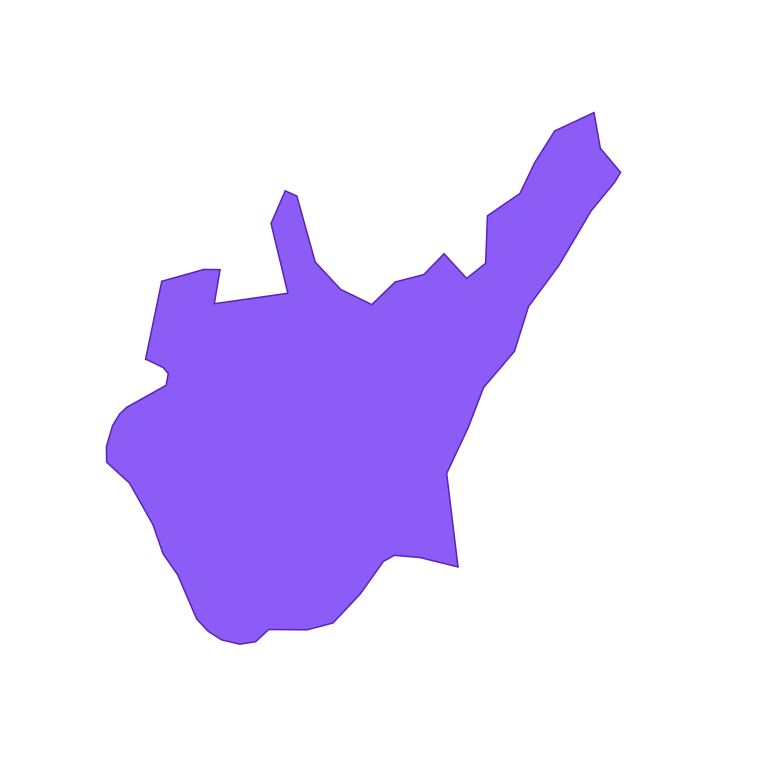 Uchkurgan, Namangan, Uzbekistan, rotated 163°
{"feature_id": "79887680B35727766671193", "entity_name": "Uchkurgan", "entity_type": "district", "adm_level": 2, "iso_a3": "UZB", "parent_name": "Uzbekistan", "parent_adm1": "Namangan", "projection": "robinson", "projection_center": [72.083, 41.056], "detail": "fine", "context": "isolated", "style": "filled", "palette": "violet", "viewbox_px": 768, "rotation_deg": 163, "n_neighbors": 0, "source": "geoboundaries", "source_scale": "gbopen_adm2", "svg_char_len": 890}
<svg xmlns="http://www.w3.org/2000/svg" viewBox="0 0 768 768"><g transform="rotate(163 384 384)"><path d="M522.7,546.2L566.5,547.2L604.9,477.2L603.2,476.2L590.4,464.3L587.2,457.2L592.7,446.5L637.0,436.9L645.7,432.5L655.7,423.6L667.7,405.4L672.1,390.3L656.3,363.5L646.1,317.1L644.9,286.2L637.1,261.9L631.8,213.9L624.3,198.7L614.0,186.7L608.1,183.3L597.9,177.3L582.1,175.1L566.1,182.9L529.3,171.4L502.6,170.4L468.0,190.2L436.5,214.5L424.3,217.2L400.3,207.5L366.7,187.4L350.2,280.2L315.8,318.2L289.8,351.5L249.6,377.2L223.2,415.8L182.6,445.8L135.1,489.2L104.7,509.3L95.9,517.2L108.2,546.1L103.8,582.2L146.8,576.1L175.3,551.5L198.2,526.5L235.9,514.6L251.5,469.7L274.1,460.8L288.5,491.0L313.9,477.0L343.5,478.3L372.4,463.5L397.8,487.1L414.1,520.7L412.4,589.3L422.0,597.6L445.1,570.5L449.4,498.9L522.8,510.4L507.3,541.3L522.7,546.2Z" fill="#8b5cf6" stroke="#5b21b6" stroke-width="1.5"/></g></svg>